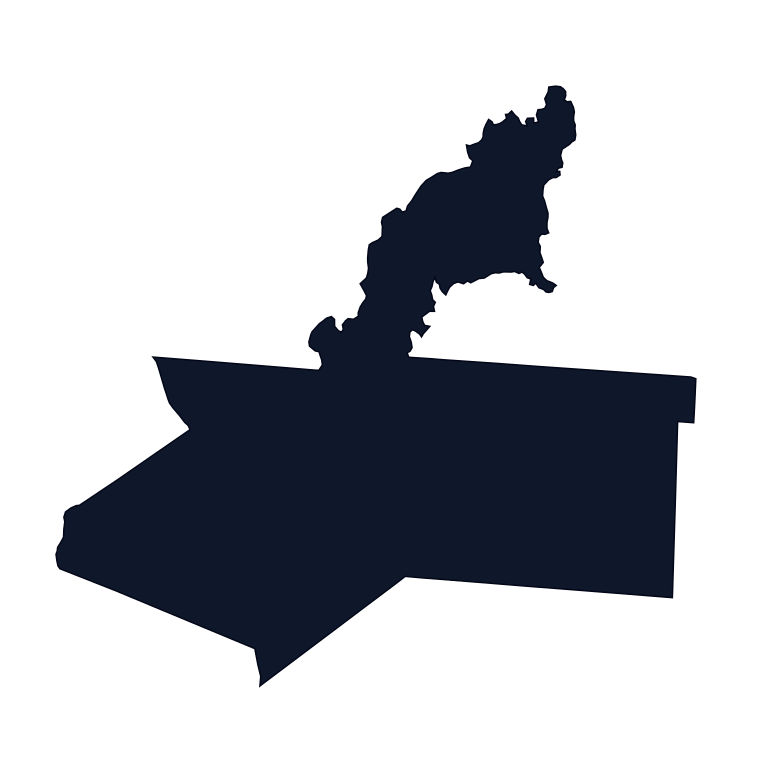 Bacabal, Maranhão, Brazil, rotated 5°
{"feature_id": "56859067B39031921407677", "entity_name": "Bacabal", "entity_type": "district", "adm_level": 2, "iso_a3": "BRA", "parent_name": "Brazil", "parent_adm1": "Maranhão", "projection": "natural_earth1", "projection_center": [-44.74, -4.12], "detail": "fine", "context": "isolated", "style": "filled", "palette": "ink", "viewbox_px": 768, "rotation_deg": 5, "n_neighbors": 0, "source": "geoboundaries", "source_scale": "gbopen_adm2", "svg_char_len": 3665}
<svg xmlns="http://www.w3.org/2000/svg" viewBox="0 0 768 768"><g transform="rotate(5 384 384)"><path d="M695.9,395.6L695.4,380.9L695.0,370.6L694.2,351.6L689.2,350.3L653.8,350.9L562.8,352.6L534.9,353.1L496.2,353.6L444.3,354.6L435.3,354.7L429.4,354.7L406.3,355.2L404.3,350.8L407.0,349.2L408.8,345.4L407.5,340.0L405.1,334.6L405.3,330.0L407.7,327.4L410.7,328.5L415.1,331.2L417.3,333.8L418.8,330.5L422.2,325.9L424.6,322.6L419.3,322.0L417.1,318.3L415.8,314.0L423.0,307.6L428.0,307.2L426.5,302.4L428.0,298.2L425.1,295.7L423.8,291.1L421.9,287.0L423.3,282.8L424.0,277.4L425.4,273.4L427.3,278.0L430.5,279.9L431.5,283.6L434.1,287.0L437.8,289.9L439.2,285.9L441.0,281.8L444.6,277.9L448.7,275.9L454.5,277.2L458.2,274.1L461.6,275.6L469.4,270.7L474.7,269.7L481.1,264.8L485.1,263.5L489.1,263.4L492.8,262.0L497.2,261.6L500.8,261.4L504.4,260.5L508.7,262.1L511.9,260.5L514.7,262.5L517.3,265.6L521.1,266.6L520.4,272.1L524.2,272.8L526.3,270.3L530.0,274.6L534.7,275.9L537.4,278.2L540.3,278.4L543.5,277.3L544.6,273.1L547.0,270.8L543.6,268.8L540.3,267.7L537.3,266.9L533.4,263.8L530.8,258.6L528.5,254.3L532.1,249.0L529.6,243.2L527.9,239.6L527.7,233.3L525.2,229.4L525.5,224.1L527.9,220.9L531.3,220.9L534.9,219.1L532.8,214.8L532.3,208.9L532.8,203.6L532.5,199.5L530.3,193.9L528.0,187.6L525.6,182.9L525.5,176.3L525.9,171.8L530.3,166.2L534.1,163.7L537.6,163.3L541.2,160.4L540.5,156.8L537.1,157.3L538.9,153.8L542.5,152.6L542.8,148.1L541.3,145.2L540.0,140.9L541.0,134.6L545.1,131.3L547.8,129.2L549.9,126.6L552.9,124.3L553.3,119.2L552.0,113.3L551.9,109.2L550.1,105.6L549.6,101.9L549.9,96.4L548.7,92.1L545.4,86.2L541.6,86.9L538.9,85.1L539.9,81.0L539.4,76.7L536.8,74.2L533.9,72.5L529.0,72.3L522.3,73.8L522.1,78.8L519.3,85.8L521.6,91.5L520.1,95.4L517.0,96.7L513.5,97.3L512.4,102.7L515.1,109.5L510.4,111.0L509.9,106.0L503.7,106.8L502.2,110.2L504.2,114.3L498.7,113.9L496.3,110.8L494.5,107.3L491.0,104.7L487.3,100.9L484.4,104.3L481.6,104.9L483.0,108.8L479.0,112.8L476.5,114.5L473.7,115.6L470.4,116.3L468.8,113.4L465.2,111.3L462.8,116.9L461.5,121.1L461.0,125.6L461.2,129.2L460.0,132.4L457.2,135.4L453.0,137.2L448.7,139.3L445.3,138.7L447.1,145.7L449.5,151.2L453.0,153.8L451.2,160.4L446.0,161.6L442.0,163.2L439.0,164.5L433.4,167.3L429.5,168.4L422.4,168.3L418.8,169.7L412.9,174.2L408.3,177.5L403.7,183.5L398.7,192.7L395.6,199.1L391.9,204.6L390.9,209.7L387.1,211.1L384.5,208.4L381.4,207.8L370.7,216.1L368.1,218.1L367.4,223.1L368.7,227.2L369.2,237.3L365.5,241.2L359.8,244.4L357.2,246.6L356.7,251.8L356.7,259.9L357.1,263.8L358.5,270.1L358.2,275.2L357.2,279.9L351.5,286.2L354.0,289.8L356.6,293.7L358.9,297.5L358.4,301.0L355.9,304.7L353.6,309.3L352.1,315.2L352.5,318.7L348.0,322.2L342.6,322.0L340.2,324.3L337.4,328.7L338.7,332.9L337.3,335.9L334.1,335.1L329.8,330.9L329.1,324.0L325.7,321.4L320.9,323.5L317.3,327.0L314.5,329.4L307.9,338.1L306.8,341.3L305.5,348.7L306.5,352.8L312.5,357.0L316.4,357.5L318.1,361.6L319.9,365.5L320.9,370.5L317.9,376.0L313.3,376.2L274.8,376.4L210.9,376.8L151.5,377.3L155.3,381.5L157.9,387.5L159.6,391.7L165.7,407.4L168.1,412.9L170.1,417.7L171.9,421.5L175.6,425.9L182.9,433.1L188.8,439.6L192.4,442.3L194.8,446.3L175.9,462.0L164.4,471.5L126.3,503.1L91.1,531.4L87.9,532.0L82.9,534.8L77.9,539.2L76.7,544.6L78.0,549.0L77.7,556.6L78.1,564.5L75.7,570.1L73.1,575.1L73.0,578.9L72.1,582.2L73.5,588.5L75.1,593.7L77.3,596.3L135.4,613.5L139.7,614.9L184.1,629.0L214.1,638.5L278.4,658.9L282.8,674.6L286.7,686.1L286.7,695.7L289.8,692.8L358.2,631.3L384.7,607.4L411.9,583.0L421.9,573.8L435.9,573.8L439.6,573.8L506.2,573.2L510.1,573.2L542.1,573.0L552.5,572.9L591.9,572.5L689.9,571.7L688.0,538.4L687.7,532.9L684.1,469.4L679.8,395.8L695.9,395.6Z" fill="#0f172a" stroke="#020617" stroke-width="1.5"/></g></svg>